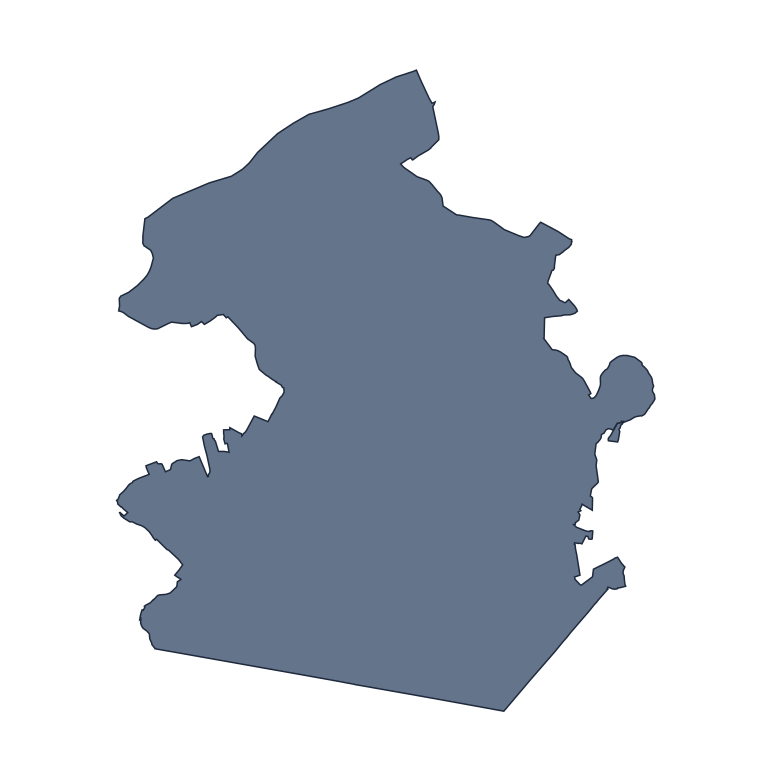 outline of Lipnita, Constanta, Romania, rotated 5°
{"feature_id": "2599482B13540904206543", "entity_name": "Lipnita", "entity_type": "district", "adm_level": 2, "iso_a3": "ROU", "parent_name": "Romania", "parent_adm1": "Constanta", "projection": "robinson", "projection_center": [27.564, 44.098], "detail": "fine", "context": "isolated", "style": "filled", "palette": "slate", "viewbox_px": 768, "rotation_deg": 5, "n_neighbors": 0, "source": "geoboundaries", "source_scale": "gbopen_adm2", "svg_char_len": 6161}
<svg xmlns="http://www.w3.org/2000/svg" viewBox="0 0 768 768"><g transform="rotate(5 384 384)"><path d="M388.9,68.5L385.8,70.1L369.5,77.0L354.2,86.0L333.5,101.4L323.6,106.6L304.7,114.7L285.7,121.9L271.2,131.9L256.2,143.8L238.0,164.2L230.5,175.6L224.4,182.3L213.9,190.3L192.4,198.9L157.4,217.4L134.4,238.3L131.4,240.2L130.9,257.5L131.5,264.9L132.9,267.2L139.9,271.1L141.8,274.3L143.3,278.7L141.7,287.7L140.4,292.0L138.6,296.1L135.5,300.6L129.8,307.4L121.7,314.9L114.1,319.4L112.8,321.9L113.8,329.3L113.3,334.3L116.2,334.8L118.6,335.8L123.6,339.0L144.7,348.2L147.7,349.1L150.2,349.3L153.5,348.8L164.1,342.4L166.9,340.9L176.0,341.2L175.8,341.3L179.5,341.2L183.6,340.6L185.1,339.8L187.2,343.7L192.8,341.0L196.8,337.7L199.9,340.3L205.3,336.4L210.1,332.2L212.0,330.1L217.9,328.8L221.1,331.8L222.6,330.7L233.7,340.5L244.2,351.0L250.6,354.8L252.1,356.5L252.8,359.4L253.2,367.5L256.0,374.9L258.5,380.4L265.9,385.6L267.4,386.2L272.5,389.3L276.3,391.0L276.0,391.3L281.7,394.1L283.2,396.3L284.5,396.6L285.2,400.9L283.4,404.8L281.5,407.0L278.3,416.4L275.1,423.9L274.8,423.8L271.7,431.6L257.5,427.2L251.3,441.7L249.9,444.2L248.6,445.4L247.9,446.5L247.0,448.2L246.4,446.0L243.8,445.2L234.2,440.9L234.3,443.1L233.4,443.0L228.2,443.7L228.6,447.4L229.2,449.8L229.2,452.9L230.9,457.5L232.7,456.7L233.2,457.1L235.6,465.5L230.5,465.1L225.0,465.6L221.0,455.6L220.1,454.9L219.5,453.4L218.3,453.2L216.6,448.4L215.2,448.4L211.8,449.4L208.9,450.8L207.9,452.6L210.6,461.8L213.9,470.8L218.1,484.6L218.2,486.7L218.0,487.8L216.7,490.1L217.1,491.4L216.3,491.7L206.2,472.5L201.8,474.6L197.4,477.5L189.2,477.0L184.6,478.3L179.9,481.9L179.4,483.1L178.9,487.1L178.6,487.9L173.9,490.5L170.2,483.7L169.7,483.1L168.8,482.9L166.0,483.2L165.2,482.7L164.2,481.3L154.0,486.2L154.7,488.5L157.9,494.5L147.8,499.4L142.6,502.6L141.8,504.2L139.9,505.4L138.5,506.8L136.3,510.4L133.7,513.9L130.5,517.3L129.1,522.1L128.3,522.7L128.4,522.8L127.8,523.5L128.7,524.3L129.3,526.8L132.5,529.3L132.7,529.1L133.1,529.2L135.2,531.1L139.9,534.4L136.6,538.1L132.2,535.0L131.8,535.2L133.6,538.2L136.2,540.1L142.4,543.3L143.0,543.5L144.9,543.2L146.0,543.5L149.9,545.1L155.3,546.4L158.3,547.9L162.9,551.5L166.0,555.1L167.3,557.0L169.8,559.6L171.0,558.5L182.2,567.8L183.9,568.3L194.4,576.5L199.2,581.7L196.0,587.2L192.2,592.7L195.2,594.5L198.7,596.2L198.7,596.5L195.4,599.0L195.3,603.2L194.7,604.6L189.2,610.8L185.3,612.5L178.7,613.7L176.9,614.4L173.4,619.0L173.1,618.8L170.3,622.3L165.8,625.2L164.6,626.3L165.2,627.2L163.9,630.4L162.8,630.0L162.3,631.5L161.5,635.9L161.2,640.0L162.2,639.0L162.4,643.3L162.7,644.2L163.0,644.4L163.2,645.4L164.8,647.9L166.3,649.0L169.2,650.7L171.6,652.9L172.0,653.5L172.9,658.4L175.2,662.4L175.5,663.8L178.8,667.3L178.9,667.7L348.4,682.7L380.2,685.7L381.9,686.0L455.2,692.4L531.9,699.5L556.0,665.4L578.1,635.0L584.6,625.4L588.5,620.1L591.4,615.6L607.9,592.7L612.7,585.5L615.0,582.6L616.2,580.6L624.9,568.8L624.2,568.3L624.8,567.7L624.7,567.0L625.7,567.0L629.4,568.2L631.7,568.3L634.0,567.8L634.6,567.4L634.5,566.9L636.1,566.4L636.9,566.4L642.4,564.4L641.8,563.3L641.1,561.0L639.9,554.2L638.9,552.3L638.6,551.1L638.6,550.0L638.8,548.5L639.9,545.4L636.1,541.8L631.8,536.2L629.2,537.3L627.8,538.5L620.4,543.2L608.8,550.2L608.5,557.9L598.1,567.2L596.9,566.9L592.4,562.9L591.3,561.9L590.7,559.6L595.9,557.4L590.9,537.4L589.3,532.1L588.3,527.2L587.5,526.9L587.8,525.5L591.3,525.9L593.0,525.6L595.1,526.0L598.4,517.9L600.5,518.1L601.1,519.9L601.6,520.6L604.1,520.6L604.9,520.1L604.8,512.2L603.6,512.1L602.0,512.4L601.9,513.0L601.3,513.1L597.8,512.8L588.2,509.9L585.4,507.6L586.3,507.6L586.8,507.0L586.9,506.5L586.6,505.6L589.9,502.7L590.6,497.3L588.5,494.6L591.1,493.2L591.2,492.9L589.9,491.7L591.4,488.7L591.7,486.5L592.1,486.4L593.0,487.1L602.5,491.6L601.7,479.4L601.2,478.7L599.3,477.6L600.0,470.6L600.5,469.7L605.5,464.0L605.8,463.5L606.0,462.4L602.4,446.9L602.6,441.1L600.1,435.5L600.5,424.9L602.0,423.6L604.2,420.3L604.9,418.8L605.1,415.3L607.5,413.8L609.1,410.4L610.6,409.4L612.3,408.8L616.3,410.0L619.7,402.8L623.2,401.8L624.0,401.2L624.1,400.8L623.9,400.5L625.2,400.4L623.7,401.9L620.1,402.9L619.8,403.3L614.2,415.5L612.5,418.1L612.2,418.8L612.2,419.9L612.5,421.0L621.8,421.4L622.4,418.7L623.0,410.7L622.0,409.0L622.3,408.0L623.0,407.4L623.6,404.2L624.6,403.5L625.7,401.5L632.5,398.2L636.3,395.3L638.4,394.4L642.5,393.3L643.5,393.4L646.2,391.5L648.0,388.4L648.9,386.5L650.4,384.5L651.3,382.2L652.8,380.2L654.5,377.0L655.2,375.3L654.3,371.1L652.1,367.9L651.9,365.9L652.1,364.6L652.7,363.2L652.7,362.3L651.7,360.3L650.7,356.0L649.9,354.1L646.3,349.6L645.7,348.3L644.8,347.1L642.3,344.8L639.5,342.7L639.2,340.8L638.4,339.8L631.5,335.6L624.0,334.4L619.7,334.7L617.4,335.3L616.2,335.7L613.6,337.3L608.5,341.7L607.4,343.0L606.7,346.0L605.5,348.7L604.7,349.8L603.1,350.9L600.5,354.4L599.9,355.9L599.4,356.4L599.0,358.2L599.0,359.4L599.6,364.7L599.6,366.7L598.3,371.7L596.6,376.4L595.6,378.1L594.5,379.4L592.5,380.3L591.5,380.3L588.8,377.0L590.9,375.5L590.3,374.2L583.4,363.7L581.9,361.7L580.7,360.5L573.9,356.2L569.7,351.8L568.8,350.6L567.9,348.1L566.5,345.3L565.2,343.6L564.6,341.6L563.6,340.4L557.4,336.9L554.5,335.7L552.0,335.2L548.6,335.2L539.1,324.6L539.5,324.3L538.2,304.0L546.3,302.0L554.5,300.6L557.4,299.5L563.1,298.9L565.6,298.0L568.1,296.8L570.3,294.6L569.3,292.5L567.2,289.8L560.7,283.7L557.6,287.1L556.3,287.1L554.7,286.2L551.8,285.3L548.1,281.4L544.3,276.2L539.5,270.3L538.7,270.1L538.3,269.2L538.5,267.2L541.4,256.4L542.0,255.8L542.9,255.7L543.6,253.9L543.5,250.6L543.9,240.8L547.4,239.8L551.4,236.3L551.8,235.6L556.1,231.9L558.5,228.4L558.3,227.3L558.8,225.8L558.3,225.5L558.5,224.5L558.3,223.8L555.8,223.2L544.1,216.9L526.0,209.2L524.8,210.6L516.7,223.3L515.1,224.5L510.8,225.8L504.7,224.3L490.3,219.7L479.4,213.1L476.3,211.6L474.2,211.3L457.8,210.4L444.2,209.2L441.6,209.2L427.4,201.6L425.6,193.5L424.5,191.5L423.5,190.1L420.4,187.3L414.6,181.3L411.2,178.2L408.6,177.2L398.9,174.6L385.0,166.6L381.4,163.4L387.9,158.1L391.0,156.3L392.5,158.1L393.1,158.3L398.4,153.6L407.7,147.1L410.1,144.9L410.2,144.3L417.3,135.9L417.1,133.0L416.3,129.5L408.4,103.5L409.7,101.0L410.3,98.6L407.4,100.2L404.1,95.5L394.2,78.4L388.9,68.5Z" fill="#64748b" stroke="#1e293b" stroke-width="1.5"/></g></svg>